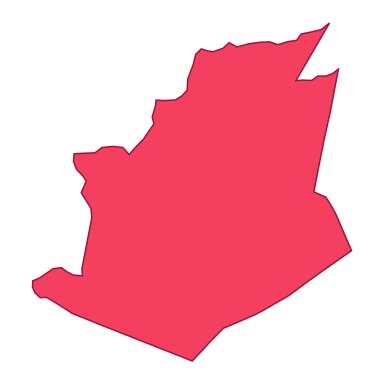 Santana do Mundaú, Alagoas, Brazil
{"feature_id": "56859067B55013789600904", "entity_name": "Santana do Mundaú", "entity_type": "district", "adm_level": 2, "iso_a3": "BRA", "parent_name": "Brazil", "parent_adm1": "Alagoas", "projection": "albers", "projection_center": [-36.203, -9.124], "detail": "fine", "context": "isolated", "style": "filled", "palette": "rose", "viewbox_px": 384, "rotation_deg": 0, "n_neighbors": 0, "source": "geoboundaries", "source_scale": "gbopen_adm2", "svg_char_len": 1075}
<svg xmlns="http://www.w3.org/2000/svg" viewBox="0 0 384 384"><path d="M32.7,280.9L32.5,287.3L35.3,293.2L40.3,297.7L46.5,297.4L61.0,306.1L72.4,313.5L102.3,325.5L192.2,361.0L204.4,348.0L209.5,342.4L223.3,328.3L250.9,316.5L255.9,314.3L263.3,310.3L288.6,295.7L306.9,282.1L326.3,268.3L351.5,250.6L336.1,214.7L330.8,204.8L325.8,197.2L313.8,191.9L324.2,139.0L330.0,113.2L338.4,69.1L332.5,73.6L325.8,76.1L317.8,76.1L311.7,80.4L302.3,80.1L295.9,80.7L329.5,23.0L321.1,29.6L310.8,32.1L301.2,34.0L296.5,40.4L287.9,41.6L277.9,44.7L269.9,41.9L260.7,42.2L248.7,43.8L237.0,47.0L229.0,42.7L223.0,48.3L213.2,51.7L207.4,50.9L201.3,48.9L195.7,54.4L193.2,64.6L187.7,79.3L187.2,90.2L181.6,96.1L175.3,100.0L162.8,100.6L156.1,100.0L155.5,106.0L152.2,116.8L153.9,123.8L143.6,139.0L136.7,146.0L129.2,154.5L122.8,147.5L113.1,146.4L102.0,147.5L95.0,152.8L74.1,153.7L73.5,161.5L76.5,169.3L83.5,176.7L86.2,181.2L81.2,192.7L86.8,201.7L90.9,208.2L91.8,217.7L81.9,269.0L82.4,275.8L73.2,275.0L66.8,271.7L61.3,267.6L52.9,268.8L39.9,277.8L32.7,280.9Z" fill="#f43f5e" stroke="#9f1239" stroke-width="1.5"/></svg>